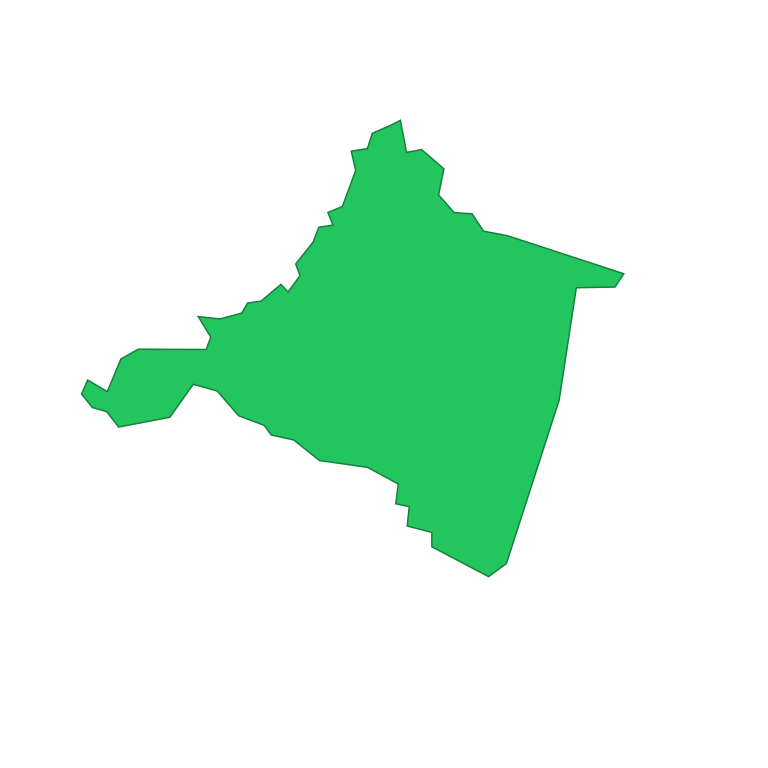 Culpeper, Virginia, United States of America (Equal Earth projection), rotated 148°
{"feature_id": "52423323B12742800071911", "entity_name": "Culpeper", "entity_type": "district", "adm_level": 2, "iso_a3": "USA", "parent_name": "United States of America", "parent_adm1": "Virginia", "projection": "equal_earth", "projection_center": [-77.91, 38.503], "detail": "fine", "context": "isolated", "style": "filled", "palette": "green", "viewbox_px": 768, "rotation_deg": 148, "n_neighbors": 0, "source": "geoboundaries", "source_scale": "gbopen_adm2", "svg_char_len": 903}
<svg xmlns="http://www.w3.org/2000/svg" viewBox="0 0 768 768"><g transform="rotate(148 384 384)"><path d="M122.2,350.4L200.7,444.3L218.6,460.9L219.1,481.6L233.7,492.2L237.5,515.4L219.2,534.7L227.9,562.9L242.1,568.5L230.4,598.9L239.2,599.6L261.0,602.8L273.3,592.5L288.4,598.8L294.8,580.2L325.2,556.6L340.7,559.2L343.1,545.8L356.1,551.5L369.0,541.9L395.3,532.6L397.8,520.4L416.6,512.9L418.6,523.1L444.4,519.5L456.8,524.9L467.2,519.6L488.6,526.1L505.8,539.6L506.1,515.5L516.5,507.5L573.9,543.7L593.8,544.7L622.7,524.2L633.2,544.4L645.8,535.8L643.8,518.6L633.8,507.5L631.9,488.1L583.2,469.3L545.9,484.8L529.2,466.5L524.1,434.1L507.5,412.3L506.6,400.4L490.3,384.5L479.2,353.2L442.2,322.1L424.9,291.6L437.5,276.2L427.6,266.6L439.6,251.2L422.1,232.8L429.7,220.6L397.4,165.2L375.3,166.9L338.0,198.3L244.0,277.5L169.9,363.7L136.7,343.8L122.2,350.4Z" fill="#22c55e" stroke="#15803d" stroke-width="1.5"/></g></svg>